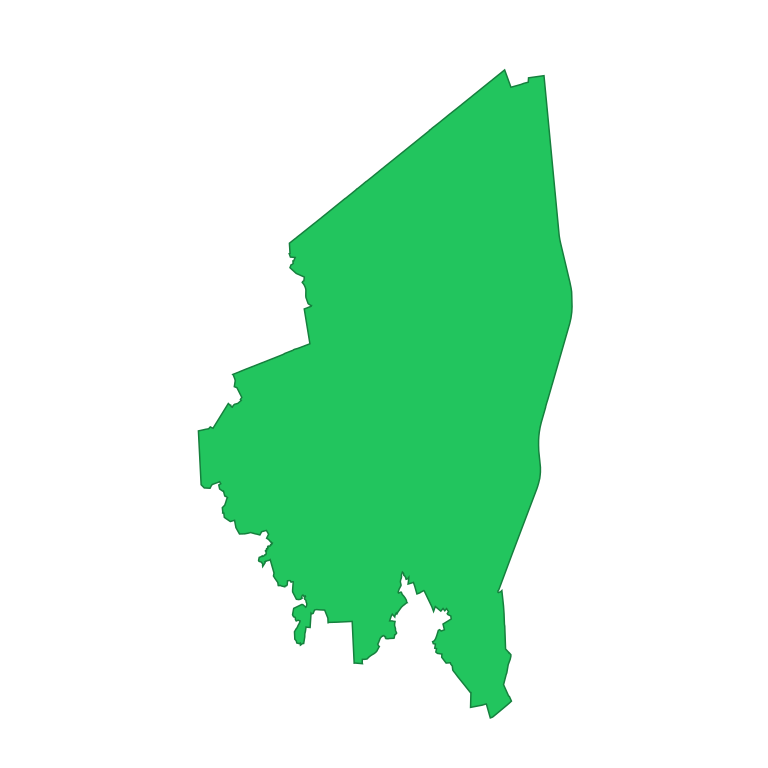 the district of Smārdes pag., Engures, Latvia, rotated 275°
{"feature_id": "27541924B30626092647888", "entity_name": "Smārdes pag.", "entity_type": "district", "adm_level": 2, "iso_a3": "LVA", "parent_name": "Latvia", "parent_adm1": "Engures", "projection": "robinson", "projection_center": [23.267, 56.989], "detail": "fine", "context": "isolated", "style": "filled", "palette": "green", "viewbox_px": 768, "rotation_deg": 275, "n_neighbors": 0, "source": "geoboundaries", "source_scale": "gbopen_adm2", "svg_char_len": 6093}
<svg xmlns="http://www.w3.org/2000/svg" viewBox="0 0 768 768"><g transform="rotate(275 384 384)"><path d="M267.7,210.6L264.8,214.0L265.0,219.8L267.1,220.6L268.9,221.6L271.7,227.6L272.4,228.7L270.4,230.1L269.0,228.2L265.1,229.4L263.2,232.7L263.4,233.4L258.6,235.1L258.2,235.7L258.4,236.2L257.1,238.0L256.0,237.4L252.6,236.7L249.4,235.9L246.7,233.7L242.6,234.5L241.4,234.5L241.4,235.7L237.3,236.5L236.4,237.9L233.6,242.9L235.2,247.0L228.0,249.0L222.0,253.1L222.6,258.3L223.4,261.2L224.4,264.1L223.5,268.9L223.4,270.1L222.8,273.5L226.2,275.0L227.9,279.6L227.5,279.9L224.3,282.1L220.1,280.5L219.1,282.5L216.5,285.2L216.6,285.4L215.7,285.7L215.8,286.6L215.3,286.5L214.1,285.8L213.9,285.6L214.1,285.4L214.1,285.1L213.7,284.9L213.1,284.9L212.7,284.7L212.5,284.0L212.6,283.4L212.3,282.9L211.8,283.1L211.2,282.7L211.4,282.6L211.7,282.3L211.4,282.2L211.1,282.4L209.1,282.6L209.8,282.2L209.7,281.4L209.2,281.3L207.7,281.6L207.6,281.4L207.9,280.8L207.7,280.5L207.4,280.4L206.3,281.3L205.3,281.2L204.9,281.5L203.6,281.0L203.5,280.4L203.2,279.9L202.3,279.3L201.9,278.8L201.7,278.4L201.7,278.2L202.0,277.9L201.8,277.8L202.0,277.5L201.0,276.2L200.4,274.8L197.4,274.4L196.7,274.7L196.4,275.1L196.1,276.5L195.6,277.8L194.7,278.2L194.1,278.9L193.3,279.0L193.0,278.8L191.7,279.1L195.7,281.2L196.5,280.7L197.3,281.8L197.2,282.1L198.0,283.5L198.2,284.6L198.7,285.3L199.2,285.9L186.1,290.9L183.1,290.6L180.8,292.3L177.0,295.5L174.0,296.2L173.9,297.0L174.4,298.1L173.9,299.1L173.3,302.9L174.3,303.3L174.5,304.5L175.5,305.1L179.5,305.0L179.9,306.7L179.9,307.8L178.5,308.7L179.0,309.7L179.0,310.8L170.7,310.9L168.9,311.1L161.9,315.5L161.8,317.9L162.3,319.6L163.6,321.2L164.3,320.4L166.4,321.1L166.7,321.7L165.6,322.6L166.0,324.0L165.4,324.3L163.9,323.3L163.3,323.7L162.7,323.8L162.1,324.7L161.4,325.2L160.1,325.4L158.6,326.2L157.0,326.3L155.7,326.0L154.8,325.5L157.2,322.3L157.1,321.0L156.6,320.3L152.6,313.6L149.6,313.3L146.1,313.0L144.2,314.2L144.0,315.4L143.3,316.1L141.6,316.3L140.3,317.2L141.2,319.1L140.6,321.1L138.3,320.5L136.1,319.5L133.5,318.6L132.6,317.9L129.4,316.4L122.0,317.4L120.6,318.9L118.4,319.7L118.0,322.0L118.0,322.4L118.6,323.1L116.6,323.5L117.4,324.5L118.3,325.3L118.5,326.6L125.1,327.1L128.2,326.9L130.9,327.3L135.1,327.5L135.0,328.3L135.0,331.6L149.4,331.3L148.7,332.1L149.3,333.4L152.8,334.5L153.4,336.4L153.4,339.2L153.6,344.6L145.9,348.5L141.3,349.1L141.4,349.5L141.7,349.8L142.6,357.6L144.7,373.0L103.3,378.6L103.5,379.6L103.5,381.1L103.5,386.9L104.4,386.6L107.8,386.4L108.1,389.0L108.6,391.1L110.8,392.9L112.1,394.3L114.1,396.9L114.1,397.1L115.8,399.0L117.2,400.1L122.1,402.2L122.3,401.7L122.8,401.4L124.3,400.4L125.9,401.1L130.4,402.4L131.7,403.3L132.7,404.2L132.6,404.5L133.2,405.0L133.4,405.7L132.5,406.5L132.5,407.1L132.2,407.6L131.2,407.5L130.5,408.2L130.6,410.4L131.0,411.8L131.5,415.7L131.8,416.3L135.1,416.5L135.3,417.2L137.0,418.3L139.3,417.0L141.5,416.7L144.3,415.6L146.3,415.5L148.4,415.7L148.5,413.3L148.7,413.0L148.5,410.2L153.3,411.4L155.4,412.3L152.9,415.0L154.3,415.1L156.9,416.2L156.1,416.9L158.0,417.7L163.2,420.8L165.4,422.8L165.6,423.2L168.1,425.7L168.2,426.1L168.8,425.6L170.6,425.1L172.7,423.7L174.4,422.2L175.6,420.9L175.8,420.6L178.1,419.4L178.1,418.7L177.0,416.8L177.3,416.4L177.5,416.3L178.3,416.3L181.1,417.0L184.6,418.5L185.3,418.5L188.4,417.5L190.8,417.7L191.4,418.0L193.4,418.3L195.1,418.0L198.2,418.7L197.1,420.0L195.3,420.3L194.5,421.4L193.3,422.3L192.2,422.7L192.3,422.8L191.4,423.1L192.1,424.7L193.5,425.5L191.8,425.6L186.8,425.4L188.8,430.4L188.9,430.6L185.3,432.2L177.7,435.1L179.1,438.0L179.6,438.5L181.7,441.7L181.4,442.1L166.2,451.1L161.8,453.2L166.8,454.5L162.7,460.4L165.5,462.4L163.4,464.3L165.7,465.9L162.8,468.1L160.7,467.0L159.9,467.7L158.7,470.8L157.1,471.1L155.8,471.5L150.0,463.7L144.4,465.6L142.9,462.5L144.1,460.8L143.3,459.6L138.1,458.5L135.5,457.8L134.1,457.3L132.9,456.6L131.9,455.7L131.6,454.9L129.6,455.7L129.4,457.9L125.2,457.6L125.0,459.4L121.5,459.0L120.3,460.7L120.2,462.4L120.0,465.2L116.8,465.3L111.4,470.2L112.1,474.4L110.8,474.9L109.0,476.6L105.1,477.4L103.8,478.4L102.5,479.7L98.8,483.0L91.7,489.8L83.8,497.3L83.9,497.5L69.4,498.4L72.6,509.7L74.2,513.7L73.8,514.0L60.6,519.0L61.5,520.9L62.0,521.6L75.0,534.7L77.5,537.1L79.2,538.6L83.7,536.1L83.9,535.5L84.1,535.3L94.9,529.3L105.1,531.0L106.9,531.5L115.2,532.2L120.7,533.7L123.7,534.1L125.4,534.0L127.2,532.1L127.0,531.9L127.9,531.2L130.6,528.2L153.3,525.4L155.2,524.9L165.6,523.6L173.3,522.4L188.5,519.4L187.2,518.3L186.2,516.2L186.6,515.6L188.0,515.6L188.7,516.2L191.5,517.0L226.3,526.6L293.0,545.4L295.9,546.1L299.0,546.7L303.7,547.4L307.1,547.5L309.9,547.5L314.6,547.1L330.8,544.0L336.6,543.3L341.5,542.9L345.5,542.8L349.6,542.9L354.5,543.3L359.3,544.0L374.7,547.0L376.0,547.1L379.6,547.8L383.2,548.6L396.4,551.2L396.8,551.2L398.4,551.6L460.3,563.7L466.0,564.5L472.1,564.8L477.3,564.6L488.0,563.4L492.1,562.9L495.9,562.0L501.3,560.4L539.5,547.7L542.7,546.7L547.0,545.6L705.1,516.5L701.6,501.3L697.2,501.4L695.7,497.1L694.3,494.2L692.9,490.5L690.7,484.6L707.4,476.8L664.6,432.3L658.5,425.8L648.2,415.2L643.3,409.9L641.5,408.2L640.8,407.2L640.4,407.2L598.4,363.5L588.4,353.2L584.4,349.0L584.2,348.6L576.7,341.0L576.0,340.0L574.5,338.7L568.9,332.9L565.8,329.7L565.4,329.1L542.8,305.7L523.8,285.7L516.0,277.5L505.9,279.0L505.6,278.2L502.3,279.7L502.3,284.5L498.5,283.2L498.6,282.6L497.3,282.7L496.3,283.1L495.3,282.3L494.6,281.0L491.7,280.2L491.3,280.6L486.5,286.9L483.6,295.3L479.9,295.2L479.3,294.4L478.9,294.0L478.0,293.7L476.9,294.9L475.6,295.9L473.9,296.9L472.0,297.7L470.7,298.0L465.0,298.4L463.4,298.7L457.5,301.4L457.2,301.8L456.4,303.3L455.8,304.5L455.8,304.9L455.1,304.7L451.8,298.0L417.6,306.7L411.9,294.9L410.9,292.2L410.3,291.0L409.7,290.4L405.8,282.5L404.7,281.0L402.7,277.1L387.0,245.6L380.3,232.5L379.8,233.1L375.9,235.0L374.2,235.5L368.3,235.1L367.5,237.8L358.3,243.5L356.0,242.3L355.2,243.2L352.9,241.0L351.9,240.0L350.8,237.0L350.2,236.3L348.9,235.4L347.7,234.9L348.1,233.8L349.6,233.1L349.4,232.6L351.0,230.6L325.0,217.5L326.1,214.7L324.1,213.2L323.3,210.1L322.6,208.0L321.1,203.2L267.7,210.6Z" fill="#22c55e" stroke="#15803d" stroke-width="1.5"/></g></svg>